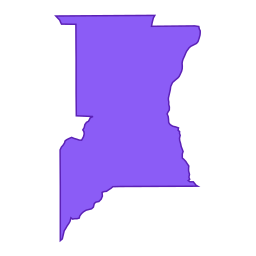 outline of Primavera de Rondônia, Rondônia, Brazil
{"feature_id": "56859067B52745918565634", "entity_name": "Primavera de Rondônia", "entity_type": "district", "adm_level": 2, "iso_a3": "BRA", "parent_name": "Brazil", "parent_adm1": "Rondônia", "projection": "albers", "projection_center": [-61.3, -11.908], "detail": "fine", "context": "isolated", "style": "filled", "palette": "violet", "viewbox_px": 256, "rotation_deg": 0, "n_neighbors": 0, "source": "geoboundaries", "source_scale": "gbopen_adm2", "svg_char_len": 1753}
<svg xmlns="http://www.w3.org/2000/svg" viewBox="0 0 256 256"><path d="M61.5,24.1L75.9,24.3L76.0,47.4L76.1,58.7L76.1,81.5L76.1,92.8L76.2,104.3L76.3,115.8L93.0,116.5L90.2,117.9L89.4,119.6L88.4,121.3L86.5,122.3L84.9,124.5L84.2,127.6L82.8,129.9L83.9,131.6L84.2,133.9L83.5,136.7L81.6,140.2L79.3,140.1L76.8,139.2L74.3,138.5L71.6,137.4L68.6,138.7L66.5,139.8L65.1,140.9L64.5,143.0L63.0,145.3L61.4,147.1L60.1,149.9L60.3,186.9L60.3,240.6L62.3,238.9L63.1,235.4L64.2,230.8L65.9,228.1L67.0,226.1L69.1,223.0L70.0,221.3L70.9,217.8L72.5,219.1L74.8,218.7L77.1,218.7L79.2,218.1L79.8,215.9L81.5,213.6L83.5,211.8L86.1,210.2L91.6,208.8L93.4,207.1L94.3,203.5L96.0,202.1L98.9,201.5L101.2,199.1L102.4,196.1L102.1,192.4L103.9,191.6L106.5,191.3L108.8,189.7L111.0,188.3L112.8,186.7L120.2,186.5L197.7,186.2L196.0,185.2L194.7,183.5L193.3,181.8L189.9,181.8L188.2,180.6L189.7,179.3L188.9,177.2L189.5,174.5L188.6,171.0L188.6,168.1L188.8,166.0L187.0,163.4L185.9,161.6L183.9,159.4L182.3,158.0L182.3,153.9L183.1,151.5L181.2,146.5L180.5,143.2L179.7,140.6L179.5,138.2L180.2,135.3L179.5,133.4L179.6,131.5L178.1,130.3L178.5,127.9L175.6,126.9L172.7,126.2L170.0,124.5L168.7,122.5L168.5,119.1L168.2,116.6L167.1,113.9L167.9,112.2L169.3,110.0L169.4,107.0L168.7,104.4L168.8,102.1L168.4,99.9L168.4,98.0L169.3,94.0L169.9,91.4L170.3,89.6L170.7,86.5L172.5,82.5L175.7,79.7L177.9,77.9L179.1,76.5L180.1,74.5L181.6,71.2L182.2,68.8L182.3,66.1L182.1,63.3L182.4,61.4L183.0,59.3L184.6,55.8L185.8,52.9L186.7,51.1L189.1,47.8L190.8,46.3L192.4,45.5L196.5,43.4L198.0,41.6L199.1,38.4L200.0,35.1L200.2,33.0L200.2,30.8L199.3,29.0L198.8,26.5L194.7,25.9L151.5,26.3L152.1,22.9L152.6,20.9L153.4,17.9L154.8,15.4L55.8,16.0L57.5,17.8L59.7,20.1L60.6,22.3L61.5,24.1Z" fill="#8b5cf6" stroke="#5b21b6" stroke-width="1.5"/></svg>